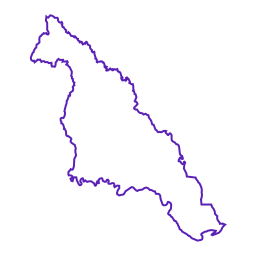 outline of São Sebastião do Uatumã, Amazonas, Brazil
{"feature_id": "56859067B19357724155454", "entity_name": "São Sebastião do Uatumã", "entity_type": "district", "adm_level": 2, "iso_a3": "BRA", "parent_name": "Brazil", "parent_adm1": "Amazonas", "projection": "equal_earth", "projection_center": [-58.621, -1.894], "detail": "fine", "context": "isolated", "style": "outline", "palette": "violet", "viewbox_px": 256, "rotation_deg": 0, "n_neighbors": 0, "source": "geoboundaries", "source_scale": "gbopen_adm2", "svg_char_len": 5664}
<svg xmlns="http://www.w3.org/2000/svg" viewBox="0 0 256 256"><path d="M211.7,234.8L212.6,235.2L219.0,232.7L221.1,230.3L222.7,226.9L225.1,224.6L222.7,223.6L222.1,223.9L220.4,223.4L219.9,223.7L219.4,222.2L217.7,220.2L217.1,218.0L217.3,216.2L215.0,213.9L214.7,211.3L213.7,209.1L212.0,206.8L211.3,204.5L201.5,204.5L201.0,199.4L201.7,197.2L202.0,194.8L201.6,192.1L201.9,190.2L201.3,187.3L200.0,184.3L199.2,183.0L198.4,182.5L198.0,181.4L196.0,178.8L195.7,177.6L186.8,176.5L186.4,173.5L183.9,168.5L184.4,164.3L185.2,162.9L185.1,162.4L184.4,161.7L184.0,161.9L183.6,163.4L182.6,164.1L181.7,163.6L180.3,161.5L178.7,161.2L178.8,159.8L180.1,157.6L180.7,157.5L181.3,158.7L182.0,159.0L182.8,158.8L182.8,158.2L182.1,156.0L180.5,155.0L179.9,153.8L179.1,147.0L178.5,145.2L177.5,144.4L176.3,144.2L174.8,142.5L173.1,141.6L172.0,140.6L171.6,139.4L171.6,135.4L171.2,134.3L170.2,133.4L169.6,133.4L168.3,135.0L167.9,135.0L165.6,132.6L165.7,131.4L166.1,131.0L165.7,130.8L163.6,131.0L161.2,132.3L159.9,131.8L158.7,132.2L157.8,132.0L156.7,130.4L155.5,129.6L153.6,124.7L152.4,124.5L152.1,124.1L151.2,120.7L148.9,117.6L148.4,115.2L146.7,114.7L145.6,113.8L143.4,114.5L142.4,113.3L140.1,113.0L138.7,112.0L137.0,109.5L135.5,109.5L134.2,108.7L134.2,107.6L137.4,104.3L137.5,103.6L136.4,101.9L135.1,101.6L134.8,101.2L135.3,100.9L135.3,99.7L136.4,97.3L135.6,94.3L134.6,94.0L134.1,91.3L133.0,90.8L133.6,89.7L133.3,89.2L133.3,86.5L132.9,84.2L131.7,84.3L129.4,82.9L130.0,82.3L129.9,81.8L128.4,78.8L127.6,78.4L126.9,79.3L126.9,78.7L127.3,77.9L127.0,77.5L126.1,77.8L125.6,80.5L125.3,80.6L124.6,80.0L122.4,80.4L121.7,79.5L121.2,78.1L122.1,77.5L122.4,78.1L122.5,77.4L121.3,76.1L120.5,73.1L119.9,72.2L119.1,72.1L118.8,71.5L117.8,71.3L117.3,69.1L115.9,69.7L115.1,69.3L112.8,69.1L112.4,69.3L112.9,70.2L112.4,70.3L111.0,69.1L110.4,69.3L110.1,68.6L107.7,70.5L106.5,70.6L106.2,70.3L106.4,69.7L106.9,69.5L106.9,68.8L106.1,67.4L106.6,66.8L106.2,66.7L105.2,67.6L104.5,66.8L104.9,65.8L104.5,65.4L104.4,64.3L103.8,62.8L103.3,62.3L102.8,62.5L102.1,61.5L100.7,61.3L99.8,61.8L97.5,61.6L97.3,62.3L96.8,62.1L96.7,59.5L96.3,58.9L95.4,58.6L95.7,58.0L94.5,54.2L94.4,52.1L94.1,51.7L92.7,52.3L91.8,51.5L92.0,50.1L90.9,49.2L90.0,47.8L90.2,46.4L89.8,45.5L88.2,44.9L87.5,44.1L87.5,43.4L86.6,41.9L86.2,41.8L85.9,42.2L85.1,43.7L84.5,43.2L82.9,44.4L82.1,43.3L82.0,42.2L81.5,41.8L80.8,41.7L79.9,42.5L79.6,42.3L79.4,41.1L78.1,40.4L77.7,39.6L77.9,38.8L76.7,38.5L75.2,36.4L74.5,36.3L74.1,37.1L73.2,36.2L71.1,35.9L69.5,33.1L68.5,32.3L68.1,33.1L67.7,33.1L65.9,31.9L66.2,30.8L66.1,30.2L64.9,29.3L63.7,27.3L62.7,27.1L62.7,26.5L62.3,26.2L62.2,25.0L61.8,24.7L62.4,23.8L62.0,22.4L61.7,22.0L60.5,22.7L59.2,22.2L58.0,20.5L57.9,18.6L57.4,17.8L54.7,17.8L54.0,16.9L51.8,15.6L50.1,15.4L48.3,17.6L47.3,17.4L46.4,16.6L45.9,20.8L46.9,22.1L47.2,23.5L47.2,29.9L48.4,32.0L48.7,33.6L48.0,34.5L46.9,34.2L46.2,33.1L44.9,33.6L43.7,33.1L42.8,34.2L41.9,34.6L41.4,35.6L40.3,36.3L39.7,37.1L39.3,38.9L39.5,42.2L38.5,43.4L36.6,44.6L36.2,47.6L35.1,48.4L34.3,49.9L33.8,50.9L33.7,52.1L32.7,52.7L30.9,57.3L31.0,59.2L31.5,60.2L32.7,60.9L34.0,60.7L34.6,62.3L36.8,60.6L37.7,59.5L39.0,59.9L40.0,59.5L40.8,60.5L41.4,61.9L43.0,61.1L44.3,61.3L45.1,62.2L47.6,62.1L48.7,63.1L51.4,62.8L51.7,64.0L51.4,65.0L51.9,66.5L53.3,66.4L54.7,66.8L55.5,65.4L55.7,62.3L56.6,61.6L57.1,60.2L58.6,58.9L59.5,59.9L63.0,59.9L62.6,61.7L63.7,61.3L64.8,61.6L67.3,61.2L67.7,62.4L66.3,64.6L67.9,65.2L68.4,66.2L69.6,67.0L71.8,71.6L71.7,73.8L71.2,76.0L71.9,76.7L71.9,78.5L72.8,78.9L72.9,80.6L73.4,81.9L74.4,82.5L73.9,84.3L74.4,85.3L73.4,86.0L72.7,87.1L73.2,88.5L73.0,90.6L69.9,93.0L70.2,94.4L70.0,95.7L68.6,95.6L68.5,97.2L67.9,98.3L67.6,99.7L66.8,100.7L66.5,103.7L65.9,105.2L64.4,111.2L65.0,112.2L64.8,115.1L64.2,116.8L63.4,118.0L61.8,117.8L61.1,118.2L60.6,119.0L60.7,120.7L61.4,121.7L61.3,123.3L62.4,123.7L63.3,125.0L64.1,127.7L63.9,128.9L64.9,129.1L66.0,131.6L66.2,135.0L67.2,136.1L68.2,136.1L70.7,137.9L71.4,139.0L70.8,140.3L70.6,141.7L71.9,143.1L74.8,145.0L75.8,148.7L75.3,150.1L75.5,152.9L76.1,155.4L74.3,158.9L73.9,166.3L73.2,168.6L72.6,169.6L71.6,169.7L70.7,169.1L69.5,171.0L68.6,171.5L68.3,173.9L68.7,175.3L70.7,175.3L72.4,176.3L72.5,177.4L70.5,178.7L71.5,181.0L72.6,181.2L73.2,178.5L74.2,177.3L76.3,177.3L76.8,180.3L78.6,183.9L79.6,185.1L80.4,185.1L81.2,184.7L81.6,183.9L81.2,182.6L80.4,181.8L80.3,180.4L81.3,178.9L82.4,178.3L82.9,178.4L83.6,181.5L84.0,181.6L85.2,180.4L87.2,181.9L88.5,181.4L91.2,181.3L94.0,183.3L94.9,185.5L95.3,185.7L96.0,185.3L96.8,182.2L97.1,181.7L98.1,183.2L98.8,183.1L98.7,179.7L99.9,178.6L101.8,178.2L102.5,179.1L102.9,180.9L104.7,181.8L105.9,181.7L106.9,179.9L107.9,179.7L108.8,181.0L108.2,182.8L108.6,183.7L110.4,183.8L112.4,183.1L113.7,183.3L114.3,184.1L114.4,185.1L114.1,186.0L114.6,187.1L117.3,185.6L119.2,185.8L119.3,188.1L117.9,190.1L117.0,192.8L117.2,194.2L119.1,195.4L123.6,194.4L125.6,191.2L131.6,187.1L133.1,187.4L136.0,190.3L137.4,191.0L138.6,190.1L142.3,189.6L144.2,188.2L145.8,187.6L147.1,187.8L148.4,188.5L149.8,190.0L151.5,190.1L153.7,191.3L155.0,191.4L155.9,193.8L158.6,193.9L159.5,194.5L160.1,195.5L160.7,199.3L162.7,204.7L163.6,205.2L165.2,205.3L166.2,204.8L167.3,203.9L167.6,202.2L168.0,201.9L169.1,202.1L170.7,203.2L171.2,204.7L171.0,208.2L170.4,209.7L169.4,210.7L168.1,213.5L168.5,214.3L169.3,214.9L170.2,215.0L171.1,216.7L172.1,217.1L174.5,220.9L175.4,220.9L176.3,221.7L176.7,222.9L177.6,223.8L178.2,225.7L179.1,227.1L179.6,229.1L181.4,230.2L182.2,231.6L186.8,234.2L188.7,235.9L189.5,235.9L191.8,238.2L197.6,240.6L201.1,239.9L202.1,239.2L202.5,238.1L202.4,236.1L201.3,234.9L201.3,234.2L201.6,233.6L204.9,231.7L206.6,231.5L207.9,230.7L211.3,230.1L215.8,230.8L215.4,231.8L212.2,234.0L211.7,234.8Z" fill="none" stroke="#5b21b6" stroke-width="2"/></svg>